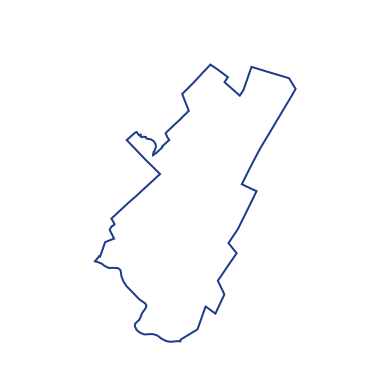 Silistea, Braila, Romania (orthographic projection), rotated 211°
{"feature_id": "2599482B85034366886302", "entity_name": "Silistea", "entity_type": "district", "adm_level": 2, "iso_a3": "ROU", "parent_name": "Romania", "parent_adm1": "Braila", "projection": "orthographic", "projection_center": [27.821, 45.335], "detail": "fine", "context": "isolated", "style": "outline", "palette": "blue", "viewbox_px": 384, "rotation_deg": 211, "n_neighbors": 0, "source": "geoboundaries", "source_scale": "gbopen_adm2", "svg_char_len": 3070}
<svg xmlns="http://www.w3.org/2000/svg" viewBox="0 0 384 384"><g transform="rotate(211 192 192)"><path d="M229.3,309.8L232.8,310.2L234.8,310.3L238.9,310.5L241.9,310.7L243.1,304.7L244.4,299.0L244.7,297.4L245.9,291.7L246.8,287.5L246.8,287.3L248.7,279.5L249.9,274.9L250.9,271.0L247.1,268.0L243.3,265.1L236.5,259.9L239.1,250.4L239.0,249.9L240.1,246.0L240.6,244.5L241.1,242.9L244.4,231.1L244.9,228.8L242.5,227.1L242.0,226.6L238.3,224.9L241.1,215.6L240.7,215.3L240.5,215.2L240.5,214.9L240.7,214.2L240.8,213.9L240.9,213.3L241.5,211.4L242.7,207.2L242.8,207.2L243.0,206.7L244.3,203.5L244.5,203.8L244.8,204.4L245.0,204.9L245.1,205.2L245.2,205.6L245.3,206.1L245.5,206.5L245.6,207.0L245.5,207.3L245.3,207.9L245.7,209.2L245.7,210.3L246.1,211.9L246.9,213.2L247.4,213.7L248.5,214.7L249.0,214.9L250.5,215.6L251.4,215.9L252.7,215.9L254.1,216.0L255.1,215.7L256.4,215.1L258.1,214.5L258.7,214.4L259.7,215.3L260.2,215.3L261.0,214.7L261.9,214.6L263.0,213.2L264.6,213.1L265.1,213.3L265.2,214.7L265.5,214.8L265.9,213.5L266.8,213.4L267.5,213.7L268.1,213.9L268.5,214.1L268.8,214.2L269.1,214.4L269.6,214.6L270.5,214.8L271.4,213.3L272.0,211.5L274.7,202.9L246.9,195.3L246.3,195.2L233.0,192.0L228.6,190.9L229.6,187.8L231.4,181.5L231.8,180.3L234.3,171.7L235.7,167.1L237.3,161.3L237.6,160.4L237.9,159.2L239.1,155.8L240.9,150.3L243.4,141.5L244.2,138.8L246.5,130.8L247.4,127.7L246.1,127.0L244.5,126.1L241.9,124.6L241.8,123.6L242.1,123.4L242.3,123.0L242.4,122.7L242.5,122.2L242.6,121.9L242.9,121.6L243.1,121.4L243.2,121.2L243.2,120.9L243.1,119.9L243.3,118.9L243.2,118.5L243.0,117.9L243.0,117.6L243.0,117.4L243.1,117.2L234.8,111.9L235.4,111.2L235.9,110.5L238.0,107.8L238.9,106.6L240.6,104.4L240.6,104.2L239.5,98.6L239.3,98.5L238.9,96.2L238.5,93.9L238.4,93.8L238.1,92.2L238.0,91.7L237.6,89.3L238.6,89.2L238.7,87.4L239.1,85.0L239.5,82.6L236.4,83.5L232.3,84.1L228.7,83.6L224.1,84.1L220.3,86.5L219.7,86.8L216.3,88.6L214.3,88.5L212.9,88.0L208.8,83.2L204.5,79.9L199.7,77.6L185.4,73.8L181.8,72.8L179.4,72.7L174.8,72.4L172.5,71.1L171.9,68.2L172.4,62.5L171.3,55.7L172.9,50.1L172.1,47.8L168.6,45.3L164.5,44.6L159.6,45.3L157.3,46.8L155.8,47.9L152.5,50.0L149.5,50.8L149.1,50.9L147.7,51.1L146.5,51.0L142.8,50.6L137.5,50.9L133.6,52.3L127.7,56.6L127.4,56.8L125.1,58.0L125.4,58.6L125.7,59.2L125.4,60.3L118.0,74.3L116.5,77.1L118.1,84.9L119.2,90.0L120.9,98.6L121.2,99.9L121.2,100.9L109.3,99.8L111.5,120.8L114.0,122.6L124.2,129.3L123.8,135.2L123.2,146.7L122.2,162.5L134.4,167.0L133.6,183.9L135.1,202.9L137.1,226.0L138.7,225.8L145.2,225.1L153.3,224.3L153.9,232.3L154.3,237.2L154.7,242.0L155.2,249.8L155.5,255.4L155.7,258.1L155.9,263.6L156.0,265.1L156.0,268.9L156.0,269.2L156.0,279.2L156.0,282.2L156.0,282.5L156.0,290.9L156.1,299.3L156.0,299.6L156.1,308.4L156.1,317.0L156.1,325.6L156.3,333.7L158.4,334.8L160.3,335.8L160.9,336.1L163.3,337.4L167.0,339.3L167.9,339.4L190.6,333.6L205.4,329.9L203.6,321.0L203.3,319.7L200.4,305.9L200.6,301.7L200.7,299.2L211.9,301.3L212.1,301.3L220.7,302.9L220.5,307.0L220.5,308.6L220.4,308.9L221.2,309.0L224.8,309.4L226.9,309.6L229.3,309.8Z" fill="none" stroke="#1e3a8a" stroke-width="2"/></g></svg>